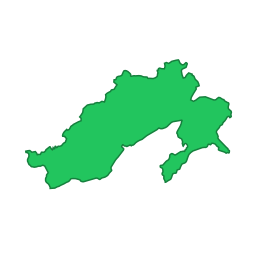 the border of Arunachal Pradesh, rotated 351°
{"feature_id": "IND-3299", "entity_name": "Arunachal Pradesh", "entity_type": "State", "adm_level": 1, "iso_a3": "IND", "parent_name": "India", "parent_adm1": "", "projection": "natural_earth1", "projection_center": [94.95, 28.008], "detail": "fine", "context": "isolated", "style": "filled", "palette": "green", "viewbox_px": 256, "rotation_deg": 351, "n_neighbors": 0, "source": "natural_earth", "source_scale": "10m", "svg_char_len": 5890}
<svg xmlns="http://www.w3.org/2000/svg" viewBox="0 0 256 256"><g transform="rotate(351 128 128)"><path d="M194.0,85.0L196.6,83.1L199.8,84.9L199.6,85.5L199.6,86.0L199.9,86.3L200.5,86.4L201.1,87.0L201.4,87.8L201.8,89.7L202.2,90.6L204.1,93.1L204.7,95.3L204.9,97.4L201.4,98.3L201.5,100.2L198.2,104.0L195.5,107.4L194.3,110.0L196.8,111.9L199.3,111.1L201.3,110.0L203.7,108.8L209.3,109.3L217.1,113.7L218.3,113.9L219.4,113.7L220.7,112.8L222.3,112.0L223.6,112.4L226.1,114.6L227.1,114.9L227.5,116.0L227.8,116.4L229.8,118.1L231.2,118.9L231.4,120.1L230.3,122.7L230.1,124.2L230.6,125.3L232.4,127.4L232.6,128.6L231.8,130.5L231.7,131.2L231.8,132.7L231.6,133.0L231.0,133.4L230.2,133.7L230.0,133.4L230.0,132.8L229.6,132.3L229.0,132.2L228.3,132.4L227.6,132.8L226.2,134.6L224.4,136.4L223.4,136.9L223.1,137.5L222.9,137.7L222.2,138.0L221.8,139.3L221.7,139.4L219.8,140.0L219.3,140.3L218.1,142.0L215.4,144.3L214.9,145.0L214.7,145.9L214.7,146.8L215.2,147.9L215.6,149.9L215.7,150.5L215.2,151.8L215.4,152.6L216.3,154.2L222.2,162.6L223.4,164.0L223.5,165.2L224.4,166.0L224.6,166.5L224.1,168.2L223.6,168.4L222.5,167.8L221.1,168.2L220.7,168.0L219.8,167.0L214.9,164.5L214.0,163.8L214.0,163.1L214.6,161.5L214.4,161.2L213.3,160.1L212.8,159.6L212.1,158.2L211.6,157.6L211.0,157.1L209.7,156.5L209.0,156.3L208.4,156.2L208.0,156.4L207.4,157.1L207.0,157.4L206.6,157.4L205.7,156.8L204.8,156.6L204.4,157.0L204.1,157.7L203.3,158.7L202.8,159.0L202.0,159.3L201.3,159.3L200.7,159.1L198.3,159.0L188.7,160.8L186.2,162.0L184.0,163.7L182.7,165.8L181.3,168.5L180.6,169.8L179.6,170.9L178.6,171.4L176.5,171.8L175.5,172.2L174.0,174.3L172.7,176.6L172.2,176.8L170.6,177.0L170.0,177.2L169.6,177.8L168.8,179.7L168.2,180.1L166.6,179.9L165.1,180.3L164.2,181.8L163.3,183.6L162.3,185.1L161.6,185.5L158.8,186.5L157.5,187.2L156.8,187.4L156.3,187.4L156.3,186.0L155.6,184.1L155.5,183.3L155.9,181.2L155.8,180.9L155.6,180.5L154.9,179.9L154.6,179.5L154.5,178.9L154.6,178.2L154.7,177.9L155.4,177.2L155.7,176.5L155.9,174.4L155.6,173.2L155.0,172.6L154.3,172.2L153.9,171.9L153.8,170.6L154.1,170.2L154.6,170.0L156.0,170.2L156.8,169.9L160.3,167.0L161.4,166.4L162.7,165.9L163.6,165.1L164.1,164.3L164.5,163.5L164.9,162.0L165.2,161.1L165.9,160.6L166.7,160.2L167.1,160.1L167.6,160.2L168.2,160.5L169.9,161.9L170.7,162.0L176.3,159.6L178.0,159.7L178.9,159.5L180.1,160.0L180.5,159.7L180.9,158.7L182.1,158.2L182.5,157.0L183.7,156.3L183.9,155.9L184.0,154.4L183.9,154.0L183.0,152.6L182.7,152.4L182.1,152.3L181.4,152.5L181.1,152.8L180.0,154.3L179.7,154.6L179.4,154.1L179.6,152.9L179.4,152.5L179.2,152.3L179.2,151.8L179.8,150.3L179.4,147.7L179.2,147.2L178.9,146.9L177.7,146.1L177.3,145.6L176.4,145.0L176.2,144.6L176.1,144.2L175.9,141.7L175.4,140.7L175.8,139.6L176.8,138.2L179.9,134.3L181.3,131.9L181.7,130.6L182.5,129.2L182.5,128.9L182.2,128.7L173.3,128.8L171.7,129.3L168.6,131.4L167.0,132.6L165.2,133.4L162.1,134.0L160.6,133.9L159.7,133.6L158.7,132.9L158.4,132.9L158.0,133.1L156.3,134.2L145.5,138.4L140.1,141.4L137.4,142.0L135.2,142.8L133.2,143.8L131.4,145.2L130.3,145.7L129.3,145.6L128.4,146.1L127.5,145.1L124.0,146.1L123.0,145.5L121.7,145.2L121.4,145.0L120.9,144.1L120.3,143.7L120.1,143.7L119.2,144.7L118.9,145.3L119.1,146.0L119.5,146.6L120.3,147.4L120.5,148.1L120.0,149.1L113.6,155.2L112.3,156.2L110.6,157.7L105.7,163.4L105.2,164.0L105.0,164.7L104.9,165.9L105.3,167.1L105.2,167.4L104.9,167.8L103.9,168.5L102.5,169.6L101.0,171.2L100.2,171.8L97.9,172.8L96.8,173.0L94.8,173.2L94.0,173.4L92.4,174.3L91.7,174.3L90.2,173.0L89.5,172.7L88.6,172.5L75.8,174.1L74.6,173.9L73.7,173.5L73.0,173.0L72.8,172.6L72.7,172.0L71.5,171.2L68.3,169.8L65.7,169.3L64.1,169.2L63.4,169.4L62.1,170.8L61.5,171.2L60.8,171.6L58.6,172.1L56.0,173.1L52.1,174.2L50.7,174.8L48.9,175.0L46.4,175.9L41.7,175.5L41.9,174.8L41.3,172.3L40.7,170.9L38.9,168.9L38.4,167.5L38.4,166.7L38.7,165.1L39.0,164.5L39.9,163.3L40.2,161.7L40.7,161.1L41.9,160.0L42.1,159.3L39.8,152.5L38.1,151.4L35.4,152.0L33.8,151.7L31.0,152.1L29.1,152.0L28.3,151.6L26.6,151.1L26.0,150.4L25.7,149.7L24.7,148.8L24.4,148.2L23.6,145.0L23.9,143.3L25.6,140.8L25.9,139.4L25.9,137.9L24.8,136.6L23.4,136.2L23.4,134.9L25.7,134.8L27.5,134.9L29.3,136.9L32.8,136.8L33.9,138.7L34.2,140.2L35.8,140.1L37.3,140.4L38.7,138.4L41.4,138.8L42.9,137.7L43.6,136.6L47.7,134.3L48.1,134.4L49.0,136.6L49.5,137.4L50.0,137.7L50.5,136.9L51.0,135.7L51.4,136.4L51.7,137.0L52.4,136.9L52.8,135.3L53.3,134.7L53.7,134.8L54.2,135.8L54.5,136.2L54.9,136.1L56.2,135.1L57.8,135.4L59.8,135.0L60.5,134.1L62.1,132.9L63.8,132.3L65.7,129.0L64.5,127.3L64.5,126.7L64.0,126.3L62.8,126.1L62.2,125.9L62.2,125.2L62.8,123.8L63.7,122.6L64.7,121.6L67.3,119.8L67.7,120.6L68.8,120.5L69.3,120.4L69.9,120.0L70.4,119.4L71.8,117.5L72.5,117.1L73.8,116.6L74.4,116.0L80.0,114.1L82.8,113.5L83.2,111.1L82.0,109.5L83.2,108.4L85.7,105.6L86.2,104.1L86.8,102.0L91.4,99.0L95.2,98.7L97.2,99.0L97.9,99.0L99.3,98.2L100.8,98.2L101.4,98.0L103.5,98.7L106.4,97.6L108.8,98.6L110.0,96.5L110.7,94.8L111.1,93.4L111.1,91.5L111.8,91.1L112.4,90.6L114.3,89.8L116.3,89.2L117.6,87.8L120.4,87.6L121.9,85.7L123.9,83.6L121.2,80.4L121.8,78.2L123.1,78.3L123.5,78.2L123.9,77.8L124.5,76.6L124.8,76.1L125.7,75.7L126.6,75.5L128.5,75.5L129.9,75.1L130.4,74.6L132.4,71.5L133.0,70.9L134.1,70.8L135.5,71.3L136.8,72.3L138.6,74.6L139.0,75.4L138.8,77.1L139.3,77.4L142.1,77.3L143.5,77.7L147.0,78.0L149.1,78.6L150.9,79.7L151.6,80.0L154.6,80.6L154.9,80.8L155.0,81.1L155.2,81.9L155.5,82.1L157.5,82.4L160.6,83.1L162.8,82.7L164.9,81.7L165.8,78.9L166.1,78.7L166.2,77.7L165.8,76.1L165.9,75.6L167.2,75.4L167.2,74.6L167.3,74.3L167.7,74.0L168.7,73.8L170.6,74.7L173.2,75.2L174.3,72.8L174.2,69.8L175.3,69.6L176.0,69.3L178.4,70.6L181.7,69.0L186.0,68.6L188.4,68.6L188.8,69.2L189.3,71.5L189.7,72.2L190.7,73.5L191.8,74.2L193.0,74.1L194.3,73.3L195.0,72.7L195.5,72.5L195.9,72.7L196.5,73.5L196.5,74.0L195.7,75.5L195.1,76.8L194.7,77.2L190.9,78.3L190.3,78.7L189.6,80.0L189.7,83.9L190.4,87.3L192.3,87.1L194.0,85.0Z" fill="#22c55e" stroke="#15803d" stroke-width="1.5"/></g></svg>